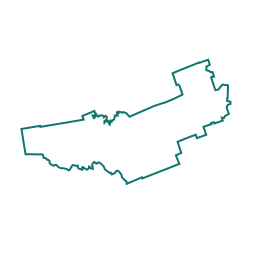 the district of Somerset, Maine, United States of America, rotated 261°
{"feature_id": "52423323B50895679426840", "entity_name": "Somerset", "entity_type": "district", "adm_level": 2, "iso_a3": "USA", "parent_name": "United States of America", "parent_adm1": "Maine", "projection": "robinson", "projection_center": [-70.064, 45.576], "detail": "fine", "context": "isolated", "style": "outline", "palette": "teal", "viewbox_px": 256, "rotation_deg": 261, "n_neighbors": 0, "source": "geoboundaries", "source_scale": "gbopen_adm2", "svg_char_len": 2866}
<svg xmlns="http://www.w3.org/2000/svg" viewBox="0 0 256 256"><g transform="rotate(261 128 128)"><path d="M118.1,22.7L117.9,24.4L115.3,39.2L115.3,39.3L113.7,40.0L113.3,39.9L112.6,39.8L112.0,40.0L111.6,40.4L111.6,41.0L110.8,42.4L110.1,42.6L109.5,42.9L109.3,43.2L109.3,43.9L109.1,44.2L108.8,44.2L108.2,44.9L107.5,45.3L106.5,45.1L105.6,45.2L105.3,45.3L104.1,46.2L103.9,46.4L102.6,48.2L102.4,48.4L102.6,49.5L102.8,49.7L102.9,50.0L102.7,51.5L102.0,52.0L100.4,53.1L99.1,54.9L98.7,55.8L98.6,56.3L98.5,57.1L98.2,58.3L98.0,58.7L97.1,61.0L95.9,62.3L95.3,62.9L95.5,63.5L96.6,64.6L96.9,64.9L97.1,64.9L97.6,65.2L99.8,67.3L100.0,67.5L99.8,68.0L99.5,69.5L98.8,70.6L98.5,71.5L98.7,71.9L98.7,72.5L97.5,72.4L97.0,72.3L96.0,72.7L95.6,73.1L93.8,76.3L93.9,76.5L94.1,76.6L95.3,76.7L95.8,76.5L96.0,76.4L96.5,76.7L96.5,76.8L96.5,77.1L96.4,77.6L95.2,78.6L93.2,81.0L94.4,83.1L95.3,83.3L96.0,83.5L95.7,83.9L95.0,84.5L94.6,84.6L94.0,84.9L93.8,85.1L93.6,86.0L93.2,86.9L93.3,86.9L93.6,87.1L95.5,86.9L96.3,86.7L96.8,86.8L97.6,87.0L98.7,87.8L99.7,89.0L99.7,89.3L99.7,89.5L98.7,90.1L97.9,90.9L97.8,91.1L97.8,91.5L98.0,91.4L98.2,91.7L98.6,92.9L98.6,93.3L98.1,94.5L97.8,94.9L96.0,96.5L94.1,97.8L93.2,98.2L92.1,98.4L91.1,98.6L89.0,100.4L87.8,101.5L87.2,102.1L86.4,103.2L86.3,103.7L86.5,103.8L86.5,104.2L86.2,104.5L85.8,104.5L85.6,104.4L84.7,104.6L84.7,104.8L84.8,105.6L85.6,108.1L86.0,108.5L86.5,108.7L87.1,109.4L87.5,111.0L87.0,111.6L86.1,112.5L83.5,113.9L82.8,114.2L82.2,114.2L81.8,114.2L80.2,114.4L77.9,116.0L76.8,116.8L76.0,117.5L76.0,117.8L75.4,118.1L74.1,118.1L73.1,118.0L77.1,134.2L76.0,134.4L84.5,173.1L93.5,171.0L95.1,176.7L106.6,174.8L109.7,188.3L110.7,193.9L107.2,194.5L109.1,204.2L117.3,202.7L118.8,211.0L119.9,210.9L120.1,212.4L120.1,214.0L119.0,214.1L119.9,219.3L120.5,222.7L123.6,222.3L122.8,224.4L124.7,225.8L126.1,229.8L132.7,228.6L135.3,230.1L135.7,232.9L137.9,233.3L139.3,230.1L142.1,230.7L142.2,231.1L144.8,231.6L148.8,232.4L153.9,233.4L155.1,232.7L155.0,230.8L156.1,228.6L155.5,227.3L151.9,223.3L151.6,220.4L152.0,220.1L154.1,219.8L164.3,218.1L165.5,218.3L165.3,221.0L170.0,220.2L170.2,218.3L171.9,216.8L172.7,214.5L176.3,215.0L177.7,218.7L182.9,217.9L181.2,208.8L181.6,208.6L177.3,189.7L175.1,180.6L162.8,182.6L163.2,184.3L161.5,185.6L152.5,187.1L149.6,177.8L147.2,167.8L147.1,165.9L145.7,157.5L138.9,131.2L143.0,128.6L144.5,125.6L143.9,124.9L145.5,122.2L144.1,121.0L144.6,119.8L146.3,120.4L144.5,119.3L141.9,119.7L142.4,116.8L141.0,116.8L138.4,115.4L138.0,113.5L136.8,112.9L137.8,111.9L134.3,110.5L135.6,109.7L138.1,109.7L137.7,108.1L138.6,107.3L137.0,105.6L138.4,105.7L139.8,108.2L142.2,108.8L143.5,107.9L142.4,105.9L143.7,105.9L144.9,102.9L143.9,100.4L144.9,100.3L145.1,98.4L142.4,95.3L142.9,95.9L145.8,95.1L145.4,96.0L147.0,98.7L148.2,97.7L150.1,97.5L147.0,84.8L143.2,85.5L142.8,41.6L143.9,41.6L143.7,22.6L118.1,22.7Z" fill="none" stroke="#0f766e" stroke-width="2"/></g></svg>